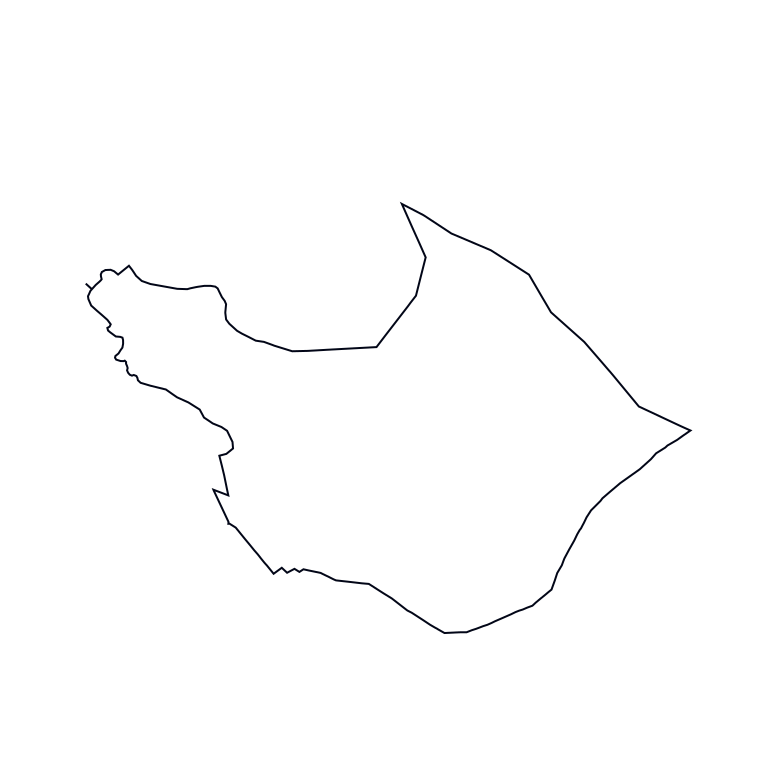 Bahr Al Arab, Eastern Darfur, Sudan (Robinson projection), rotated 321°
{"feature_id": "16777658B76242579856769", "entity_name": "Bahr Al Arab", "entity_type": "district", "adm_level": 2, "iso_a3": "SDN", "parent_name": "Sudan", "parent_adm1": "Eastern Darfur", "projection": "robinson", "projection_center": [26.432, 10.41], "detail": "fine", "context": "isolated", "style": "outline", "palette": "ink", "viewbox_px": 768, "rotation_deg": 321, "n_neighbors": 0, "source": "geoboundaries", "source_scale": "gbopen_adm2", "svg_char_len": 3286}
<svg xmlns="http://www.w3.org/2000/svg" viewBox="0 0 768 768"><g transform="rotate(321 384 384)"><path d="M260.2,131.6L259.7,131.6L256.5,131.6L246.2,131.6L245.2,126.5L243.4,123.2L239.2,120.1L235.2,119.4L235.1,119.5L232.9,120.6L231.8,122.2L230.5,124.9L229.3,125.2L227.4,125.4L222.3,125.6L216.7,126.5L215.4,118.3L216.6,126.5L214.4,126.9L211.3,128.5L209.2,129.5L207.7,132.0L205.8,138.8L207.0,146.3L208.2,152.9L209.4,160.1L209.2,165.6L207.0,166.7L206.6,166.7L204.3,166.3L203.2,168.8L203.7,171.4L205.5,178.3L208.7,181.4L209.9,183.4L208.9,185.6L206.7,188.4L206.4,188.7L203.6,191.1L200.3,192.0L196.9,193.2L196.4,193.2L192.9,193.2L191.5,194.3L191.2,196.5L193.8,200.5L196.0,202.3L197.2,202.7L197.4,204.6L196.3,205.9L195.6,208.4L194.8,210.3L192.9,211.7L192.2,214.3L192.3,216.9L193.4,218.9L195.2,219.5L196.6,221.9L196.2,224.1L196.0,224.4L195.1,226.3L195.2,226.9L195.5,229.1L195.6,229.9L197.4,232.5L201.3,238.2L210.1,249.8L211.0,250.9L212.3,255.4L213.1,258.3L214.3,262.4L214.8,264.1L220.1,274.7L220.3,275.0L221.3,277.9L224.7,287.9L223.0,296.8L225.0,303.2L226.1,306.9L230.6,315.1L232.6,321.6L229.8,333.7L226.1,339.1L225.6,339.1L217.5,339.1L210.9,336.1L210.8,336.3L206.5,345.6L202.3,354.4L195.9,366.7L192.9,372.6L184.9,358.8L184.7,359.4L176.4,393.2L175.1,394.7L176.0,395.2L178.4,402.3L178.4,409.3L178.4,416.5L178.5,425.1L178.5,431.7L178.7,436.9L178.6,442.3L178.6,447.5L178.7,449.8L178.8,451.2L178.8,455.1L178.8,462.0L188.9,462.5L189.9,469.7L198.1,471.3L200.0,476.8L204.8,477.3L208.2,481.6L210.1,483.9L212.8,487.2L213.9,488.5L215.9,491.0L216.9,493.3L217.6,494.7L217.8,495.2L218.8,497.3L219.4,498.5L220.5,501.0L221.9,504.1L223.1,506.4L232.3,515.7L237.0,520.5L241.5,525.1L246.4,529.8L250.7,542.8L251.9,546.4L255.1,555.5L259.6,574.7L261.6,579.2L265.8,592.1L268.3,600.1L270.5,605.9L271.1,607.2L271.6,608.7L274.3,615.6L279.9,619.7L284.0,622.7L287.1,625.0L291.9,628.9L297.3,630.6L301.4,632.2L304.7,633.3L308.7,634.6L312.8,636.2L317.2,637.4L320.8,638.2L327.6,640.1L333.8,641.8L337.8,642.9L342.6,644.0L346.4,645.2L349.9,646.6L354.5,647.9L359.8,649.7L361.5,649.6L364.2,649.4L370.3,649.3L376.9,649.3L380.9,649.2L384.8,649.2L392.9,644.3L399.7,639.9L408.1,636.8L412.3,634.3L414.4,633.1L423.9,629.1L433.3,625.4L439.6,622.4L444.3,620.6L446.2,620.2L448.9,619.0L451.8,617.8L457.5,615.1L465.4,612.5L478.7,611.1L481.8,610.3L491.7,610.0L505.2,609.7L529.1,611.2L544.2,610.4L551.9,609.1L562.6,610.4L565.6,610.2L576.5,611.9L583.5,612.3L592.9,613.0L590.2,607.7L588.3,603.9L585.9,599.0L570.1,566.4L569.1,564.3L567.9,561.9L567.5,521.6L567.4,516.8L567.3,514.8L567.0,504.5L566.1,477.3L558.9,433.4L560.0,426.3L561.5,416.2L565.5,390.3L557.9,367.4L551.2,347.3L531.1,309.5L521.3,278.7L520.8,277.3L518.1,271.1L511.2,255.3L504.8,279.0L499.8,298.0L496.1,311.7L496.1,311.8L482.7,321.8L464.4,335.5L455.9,337.5L451.7,338.6L415.8,347.1L401.4,350.6L361.6,321.8L345.6,310.3L333.3,300.8L322.8,285.1L321.9,283.5L317.2,275.7L311.6,269.6L308.4,262.3L305.3,255.5L303.3,250.2L301.7,239.8L301.9,234.5L305.4,228.9L306.1,228.1L311.5,222.6L312.5,219.1L312.7,214.5L313.8,209.6L314.9,205.0L314.8,204.7L314.2,202.2L312.7,200.5L311.1,198.7L306.2,194.7L300.5,191.3L298.3,190.1L297.7,189.8L293.6,187.7L290.8,186.5L283.2,179.9L265.4,159.3L260.6,151.5L259.4,144.0L259.9,139.0L260.1,136.6L260.2,131.6Z" fill="none" stroke="#020617" stroke-width="2"/></g></svg>